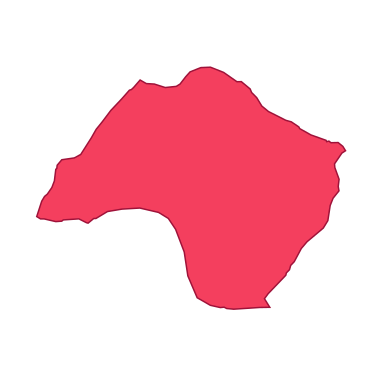 San Andrés Itzapa, Chimaltenango, Guatemala, rotated 84°
{"feature_id": "79465075B72665543071269", "entity_name": "San Andrés Itzapa", "entity_type": "district", "adm_level": 2, "iso_a3": "GTM", "parent_name": "Guatemala", "parent_adm1": "Chimaltenango", "projection": "orthographic", "projection_center": [-90.866, 14.602], "detail": "fine", "context": "isolated", "style": "filled", "palette": "rose", "viewbox_px": 384, "rotation_deg": 84, "n_neighbors": 0, "source": "geoboundaries", "source_scale": "gbopen_adm2", "svg_char_len": 1278}
<svg xmlns="http://www.w3.org/2000/svg" viewBox="0 0 384 384"><g transform="rotate(84 192 192)"><path d="M200.2,349.0L202.9,345.5L203.3,341.9L207.2,330.6L207.4,324.6L206.3,322.9L206.9,307.3L211.5,300.2L212.1,298.6L208.1,292.5L208.3,290.3L202.6,278.1L201.7,263.4L202.5,245.6L208.8,227.4L215.8,218.3L227.4,212.2L250.8,206.0L275.0,204.9L297.7,197.9L306.6,185.6L309.9,175.9L309.9,172.1L311.5,169.7L312.9,162.8L313.9,136.9L314.8,126.7L305.7,131.1L301.1,126.9L284.6,107.4L282.3,106.6L279.5,103.2L275.3,101.5L272.0,97.6L259.6,89.2L253.5,82.8L241.6,65.2L234.7,59.9L219.9,56.0L213.0,52.4L206.2,45.7L201.8,46.0L194.7,44.4L182.6,47.4L178.9,47.3L169.0,38.9L167.0,35.0L162.4,37.2L158.1,41.5L157.5,48.7L155.7,50.5L156.0,52.8L154.6,53.3L147.7,67.7L140.2,78.3L138.5,78.9L132.6,85.9L130.5,91.2L120.0,107.5L113.8,113.6L104.9,117.8L99.3,122.3L95.6,123.4L87.4,131.4L87.0,135.8L76.4,148.0L69.8,160.6L69.2,170.2L72.3,181.3L76.6,186.1L83.4,192.6L85.3,196.6L85.3,207.7L80.7,218.2L79.4,226.1L75.2,231.9L82.0,239.2L83.8,241.6L84.2,243.6L92.0,252.1L102.4,264.2L112.8,273.9L119.6,280.7L127.8,286.6L143.0,298.7L145.8,305.5L146.3,318.1L151.3,323.3L154.4,324.0L155.2,325.1L166.6,327.7L172.9,330.9L179.0,336.1L181.0,339.1L185.4,342.4L200.2,349.0Z" fill="#f43f5e" stroke="#9f1239" stroke-width="1.5"/></g></svg>